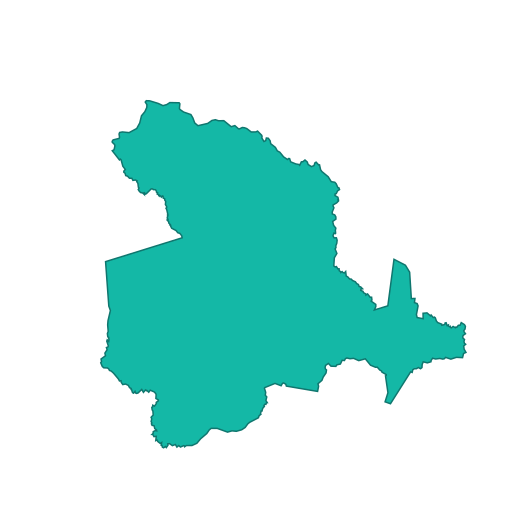 Zimba, Southern, Zambia (Equal Earth projection), rotated 163°
{"feature_id": "96606910B98197380388075", "entity_name": "Zimba", "entity_type": "district", "adm_level": 2, "iso_a3": "ZMB", "parent_name": "Zambia", "parent_adm1": "Southern", "projection": "equal_earth", "projection_center": [26.486, -17.666], "detail": "fine", "context": "isolated", "style": "filled", "palette": "teal", "viewbox_px": 512, "rotation_deg": 163, "n_neighbors": 0, "source": "geoboundaries", "source_scale": "gbopen_adm2", "svg_char_len": 6105}
<svg xmlns="http://www.w3.org/2000/svg" viewBox="0 0 512 512"><g transform="rotate(163 256 256)"><path d="M405.8,108.8L404.5,109.0L404.1,107.2L402.4,104.8L400.8,105.2L402.0,102.7L401.3,102.2L401.4,100.5L400.4,99.6L398.4,100.3L397.8,99.0L395.5,100.8L395.3,102.2L393.5,101.8L391.4,99.1L388.2,99.3L387.5,96.4L385.3,97.3L384.1,95.4L380.6,95.8L379.9,95.3L380.0,94.5L378.0,95.1L372.6,93.5L367.3,94.2L362.4,97.4L355.0,100.6L351.5,103.4L349.3,104.3L343.5,102.5L334.7,95.9L330.1,95.8L326.0,94.1L320.5,94.0L316.5,95.2L312.9,97.9L310.6,98.8L301.0,100.6L299.8,102.3L297.6,103.2L297.8,103.8L296.4,106.3L295.6,106.0L294.2,108.3L292.0,109.7L292.3,110.4L291.7,111.0L290.7,111.6L289.9,111.2L289.0,112.5L288.1,112.4L288.8,114.9L286.9,118.1L287.8,120.1L286.6,122.8L286.6,127.1L286.1,127.6L275.1,128.6L269.9,124.6L267.9,126.5L266.7,126.5L265.0,124.7L265.0,122.7L236.7,108.5L234.2,113.2L234.1,115.7L229.3,117.8L227.2,120.5L223.2,123.7L221.9,126.4L222.6,127.6L222.6,129.0L221.5,131.0L218.2,132.1L216.5,128.7L211.9,127.1L210.4,128.3L206.9,128.0L204.1,131.1L202.0,130.2L200.5,131.7L198.9,131.9L196.2,130.3L192.6,129.6L188.3,125.9L181.5,125.7L178.4,118.1L174.3,114.7L172.5,114.2L171.0,110.8L169.6,109.4L169.5,108.1L166.1,104.5L166.4,103.7L167.2,103.6L169.8,86.7L175.2,78.8L170.6,75.4L142.0,100.0L140.7,99.0L139.3,101.4L137.5,101.9L135.6,101.3L133.4,101.9L131.6,100.1L129.9,100.8L128.8,103.7L127.0,105.9L123.4,103.7L119.6,103.7L119.1,104.9L117.0,106.6L114.4,105.0L110.2,104.3L107.5,102.8L105.9,102.7L104.3,103.6L99.8,100.4L94.0,100.5L88.2,98.4L86.0,102.1L83.4,102.4L84.2,106.0L83.7,109.2L81.3,110.3L82.2,111.6L82.1,113.5L81.0,115.2L82.0,116.8L82.0,118.2L81.1,119.5L78.4,120.4L79.2,122.7L79.1,123.9L77.5,125.0L76.3,127.5L76.7,129.4L79.2,132.3L81.1,130.1L82.7,130.6L84.9,129.1L85.6,129.6L86.3,129.1L88.1,131.0L90.1,130.2L90.8,130.7L90.9,132.0L91.5,131.7L92.6,132.9L92.2,133.8L93.6,133.6L93.7,136.6L94.7,136.7L95.2,135.7L96.3,135.3L98.5,135.4L98.3,136.5L101.7,139.2L102.5,141.1L102.6,144.4L103.2,145.4L104.5,145.3L105.8,148.4L106.7,147.8L109.1,151.6L113.0,152.4L114.5,147.2L119.9,150.0L119.7,153.1L115.6,160.9L115.8,163.4L118.1,165.1L116.4,168.9L119.9,169.9L113.8,195.6L115.8,203.5L125.0,212.5L144.5,169.8L158.6,169.8L156.2,172.6L155.6,174.7L159.1,179.2L158.0,180.0L157.5,182.8L158.9,183.2L160.4,187.1L162.2,186.6L161.9,187.4L163.9,189.5L164.0,190.9L165.9,192.5L165.3,193.7L163.7,193.5L164.9,195.8L166.3,196.7L166.4,198.8L167.8,200.2L168.5,202.3L170.9,204.4L171.6,206.0L173.2,206.7L174.4,209.3L175.6,210.4L174.8,214.9L176.5,213.9L177.8,214.9L178.2,215.9L179.7,215.4L179.7,216.3L180.7,217.6L180.3,219.5L181.5,219.8L182.2,222.4L183.5,222.4L184.5,223.8L181.6,231.4L177.9,234.8L178.3,239.7L177.1,240.6L176.7,242.4L175.0,244.6L173.8,247.4L173.8,249.9L176.0,250.5L176.5,252.8L174.8,255.1L173.7,254.2L173.2,254.5L172.6,257.4L171.5,259.3L172.8,262.6L172.6,266.6L168.8,267.9L168.2,270.1L168.7,272.3L170.7,273.9L170.3,275.7L167.4,279.3L167.7,281.3L167.3,282.3L163.4,283.2L160.9,284.6L161.3,285.8L160.7,285.9L160.5,288.2L162.8,290.7L162.2,292.2L161.0,292.2L159.0,294.4L156.7,295.1L156.8,297.0L157.7,297.4L158.2,301.6L159.1,303.5L162.3,305.1L163.8,310.7L168.3,317.5L169.0,319.6L168.6,324.6L169.4,324.7L171.1,328.2L172.5,327.8L174.1,325.5L176.9,325.3L179.4,328.3L179.5,330.9L181.1,333.5L183.6,332.5L185.1,332.8L187.7,330.0L188.1,330.9L191.0,332.4L195.3,335.9L195.4,339.3L196.2,339.7L197.7,339.1L200.6,342.7L202.9,348.3L204.9,350.3L205.7,354.2L209.1,359.1L208.8,362.0L209.8,365.0L211.6,365.8L213.0,363.5L214.9,363.2L215.9,367.1L215.2,368.8L215.3,369.9L218.0,375.0L219.9,374.7L224.3,376.0L227.6,380.6L229.5,382.0L231.5,382.9L234.8,382.4L235.6,382.8L238.1,386.9L241.9,386.9L247.2,394.8L252.3,396.3L255.0,398.2L258.5,398.5L263.4,396.9L273.4,397.6L275.7,401.2L276.0,406.5L276.9,410.3L283.2,414.9L285.9,418.4L286.1,419.5L284.3,423.8L284.7,425.0L293.5,427.9L297.1,426.9L301.0,427.0L304.9,430.5L312.3,435.5L315.5,436.6L316.9,435.6L316.1,432.6L317.0,430.0L320.1,426.5L324.5,423.6L328.3,417.2L332.8,412.8L341.3,411.1L347.5,413.7L350.3,414.0L351.3,412.7L351.8,409.5L352.5,408.5L358.7,408.8L360.0,407.7L360.2,406.7L358.7,404.0L358.7,402.6L360.7,399.1L362.7,398.7L358.5,387.8L357.4,388.3L356.9,387.5L357.1,380.8L355.7,377.0L357.6,375.8L357.9,374.7L357.0,373.4L357.1,371.0L355.5,369.9L354.3,367.4L352.0,366.6L351.6,364.3L349.0,363.9L347.7,362.5L348.3,362.0L347.7,360.0L348.4,356.1L348.0,355.2L349.2,354.0L348.6,351.8L347.7,350.3L346.0,349.5L345.1,347.9L345.1,349.0L344.4,349.3L343.9,348.5L344.2,347.5L342.7,347.6L336.6,350.8L335.2,350.3L334.8,349.5L332.8,348.8L332.3,347.5L332.5,346.2L331.6,345.2L332.4,344.2L330.8,342.6L331.3,342.2L331.0,341.6L330.3,342.5L330.5,341.7L329.8,341.4L329.3,340.0L328.0,340.8L327.4,340.3L327.8,338.5L326.6,337.5L326.9,336.1L326.4,334.6L327.6,331.7L327.0,329.6L327.3,328.3L328.1,328.0L327.8,326.4L328.2,321.1L328.7,321.0L328.6,320.1L329.6,318.9L329.5,316.7L330.2,317.0L330.5,316.2L329.5,314.4L329.8,313.1L328.9,311.3L329.3,310.9L328.6,310.4L328.9,309.4L328.5,307.2L325.0,303.7L324.0,301.1L322.2,299.9L321.1,297.0L321.3,295.0L401.5,294.6L411.4,251.2L411.2,246.4L416.4,237.5L418.0,233.5L419.4,227.1L420.8,225.3L421.4,222.0L420.7,221.3L421.1,218.9L421.9,217.3L422.8,219.3L423.6,218.2L423.5,213.1L424.4,212.2L425.8,212.2L425.8,209.9L428.9,207.3L429.1,204.6L434.3,202.8L434.6,200.2L435.7,199.3L435.3,195.3L434.3,193.6L430.7,192.3L429.8,190.9L429.6,189.4L428.1,188.3L426.5,185.6L423.6,178.8L423.1,176.4L421.6,176.2L421.8,174.5L421.0,172.0L418.2,171.7L415.9,169.6L415.4,167.0L414.1,165.8L414.5,164.8L414.0,164.3L414.1,162.0L413.6,160.9L413.2,160.6L411.3,161.9L411.2,160.2L410.4,159.5L408.8,159.5L404.3,161.8L403.5,158.5L400.9,160.2L400.2,159.2L399.7,159.4L398.4,157.1L396.4,158.6L393.0,155.7L392.2,153.9L392.0,152.7L393.4,149.0L391.5,147.0L391.9,146.0L394.2,145.2L394.4,144.1L397.0,142.1L398.3,143.5L399.1,141.8L399.9,141.7L400.3,139.2L399.9,138.0L400.8,134.0L403.5,132.4L403.3,130.8L404.7,128.3L404.4,126.8L405.1,126.1L404.9,124.4L403.1,123.5L403.3,120.6L402.0,118.8L402.1,117.8L403.2,118.5L405.6,118.1L406.3,116.4L407.5,115.8L406.9,115.6L406.4,113.1L404.1,112.7L405.8,108.8Z" fill="#14b8a6" stroke="#0f766e" stroke-width="1.5"/></g></svg>